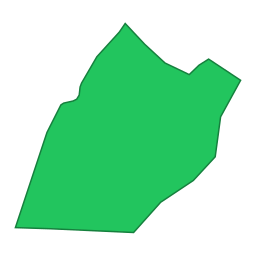 SVG path tracing the border of Maracha
{"feature_id": "UGA-3087", "entity_name": "Maracha", "entity_type": "District", "adm_level": 1, "iso_a3": "UGA", "parent_name": "Uganda", "parent_adm1": "", "projection": "mercator", "projection_center": [30.901, 3.252], "detail": "fine", "context": "isolated", "style": "filled", "palette": "green", "viewbox_px": 256, "rotation_deg": 0, "n_neighbors": 0, "source": "natural_earth", "source_scale": "10m", "svg_char_len": 407}
<svg xmlns="http://www.w3.org/2000/svg" viewBox="0 0 256 256"><path d="M15.4,227.6L47.0,132.4L60.9,104.9L63.7,103.1L73.1,101.0L76.7,99.2L79.2,95.1L80.1,87.0L81.5,83.2L96.9,56.7L119.3,32.1L125.2,23.5L144.6,44.2L165.0,63.0L189.2,74.6L199.0,65.2L208.6,59.1L240.6,80.3L220.6,116.8L215.2,156.8L193.4,180.4L160.7,202.2L133.6,232.5L49.7,228.7L15.4,227.6Z" fill="#22c55e" stroke="#15803d" stroke-width="1.5"/></svg>